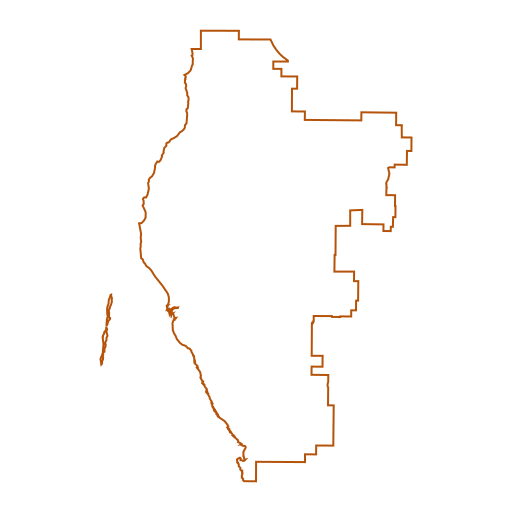 outline of Carnarvon, Western Australia, Australia
{"feature_id": "25037944B73025640718230", "entity_name": "Carnarvon", "entity_type": "district", "adm_level": 2, "iso_a3": "AUS", "parent_name": "Australia", "parent_adm1": "Western Australia", "projection": "orthographic", "projection_center": [113.812, -24.467], "detail": "fine", "context": "isolated", "style": "outline", "palette": "amber", "viewbox_px": 512, "rotation_deg": 0, "n_neighbors": 0, "source": "geoboundaries", "source_scale": "gbopen_adm2", "svg_char_len": 6088}
<svg xmlns="http://www.w3.org/2000/svg" viewBox="0 0 512 512"><path d="M287.9,60.6L282.8,56.8L279.8,54.0L276.2,49.7L273.4,45.5L270.5,39.5L238.8,39.4L238.9,30.8L200.9,30.7L200.9,49.0L191.6,49.0L192.5,52.9L192.4,55.3L191.7,55.7L192.9,58.1L192.7,64.5L192.0,65.6L190.8,69.9L190.3,70.7L188.0,73.1L184.4,75.0L185.7,76.3L185.7,77.8L185.1,78.3L185.4,79.3L184.9,80.0L185.1,81.5L184.8,82.7L185.8,83.8L186.1,84.9L186.2,86.0L185.6,88.1L187.2,92.7L187.2,95.4L188.3,96.9L188.6,98.6L188.5,100.6L188.0,101.9L188.3,103.1L187.8,107.9L187.6,108.6L186.7,109.0L186.4,109.7L186.4,111.4L187.1,112.9L187.2,114.7L186.5,123.4L185.0,125.1L184.8,127.8L183.5,129.8L181.6,131.4L180.2,132.0L177.0,136.1L173.8,138.1L170.9,139.4L169.1,142.0L168.1,142.6L167.2,142.6L166.3,143.6L166.4,145.7L164.3,147.9L163.5,151.7L163.7,152.7L162.1,155.0L161.8,155.7L162.1,156.4L160.7,159.9L159.2,161.7L158.0,161.9L157.3,161.5L155.7,164.1L154.9,166.0L155.1,167.3L154.1,172.7L152.1,176.2L150.1,177.8L148.8,179.6L148.9,181.3L148.1,183.2L148.9,188.7L147.4,195.0L146.0,197.5L145.2,197.3L143.9,197.6L142.9,199.0L143.6,200.7L143.7,204.1L142.6,205.3L145.4,211.6L145.7,212.9L145.6,217.6L143.9,220.7L141.4,223.2L139.1,223.3L141.1,233.9L140.7,237.7L141.2,241.9L140.6,243.6L140.7,246.6L140.3,248.5L141.2,258.3L142.7,259.3L143.8,262.5L144.8,263.3L146.4,266.1L149.2,268.1L151.4,270.6L154.9,276.3L162.0,285.1L167.7,293.4L168.8,297.0L168.9,300.3L168.6,303.0L167.7,304.9L168.1,304.5L167.4,307.3L167.4,305.5L167.7,305.3L167.3,305.3L167.5,304.9L167.2,305.2L167.1,306.7L166.9,306.6L167.1,308.5L167.2,308.0L167.4,308.8L168.7,308.7L168.6,309.3L170.6,309.3L174.2,307.2L177.2,307.7L178.0,307.5L177.8,308.0L174.7,308.2L173.0,309.0L172.4,309.8L170.9,310.2L170.3,311.3L171.1,311.8L171.7,311.7L171.4,313.0L170.6,314.0L171.1,315.0L171.2,313.8L171.3,314.8L171.7,314.0L172.9,313.5L172.6,313.9L173.4,314.4L174.4,317.4L175.5,318.0L176.1,317.9L175.7,318.5L174.7,318.5L174.7,319.4L174.0,319.4L174.2,320.0L173.5,320.2L172.5,323.0L172.8,330.0L174.0,333.3L175.5,335.7L176.9,339.1L180.1,343.0L182.4,344.8L185.6,345.8L188.0,348.3L189.6,348.6L191.4,350.8L191.3,351.6L192.9,354.3L193.0,355.4L193.3,355.8L193.8,355.8L194.1,356.7L193.9,357.1L195.2,362.0L194.9,362.4L194.4,361.9L194.5,363.1L198.0,366.5L197.2,366.2L197.9,367.6L197.6,367.7L196.2,366.8L199.5,371.0L200.4,372.8L200.6,374.8L201.0,375.5L200.6,376.7L200.9,377.7L200.5,377.4L200.4,377.6L202.0,380.6L203.1,381.4L202.4,382.2L203.1,383.1L201.7,382.6L204.5,385.7L205.0,387.0L206.8,389.1L206.6,389.4L207.3,391.6L206.4,391.1L206.3,392.0L206.2,390.7L206.0,391.6L205.6,391.4L207.4,393.6L208.1,393.8L207.9,394.2L209.3,396.6L210.0,398.8L212.5,403.4L212.5,404.8L212.0,403.0L211.7,403.7L211.7,402.8L211.4,402.9L211.6,403.8L212.0,403.8L212.4,406.8L213.2,408.0L212.9,406.8L213.2,406.9L213.4,407.7L215.4,410.4L213.5,408.4L213.6,409.1L215.4,410.9L214.2,410.4L214.1,410.6L215.9,412.5L215.7,412.1L216.2,412.3L215.5,411.4L215.9,411.4L218.5,416.2L219.4,417.2L217.9,416.1L217.8,416.5L224.6,421.1L228.0,425.4L227.3,425.0L228.3,426.4L227.3,427.4L228.3,428.2L227.8,428.2L228.0,429.0L229.5,430.2L229.0,430.1L229.7,431.2L230.2,431.0L231.2,432.4L231.1,432.7L230.5,432.4L229.5,431.3L229.8,432.1L231.9,433.5L233.4,435.8L233.9,435.9L233.3,435.4L233.6,435.3L234.3,435.9L234.7,436.7L233.8,436.6L237.3,439.6L236.9,439.7L237.5,439.8L238.5,442.0L238.3,442.2L240.9,443.4L241.3,444.1L240.9,444.4L241.7,444.3L241.6,445.2L243.2,445.9L244.8,445.9L245.7,446.9L245.5,448.0L243.5,451.7L243.3,453.4L243.6,454.8L243.3,456.0L243.9,457.0L244.0,458.3L244.6,459.7L245.5,459.5L244.5,460.6L243.1,460.9L241.5,460.2L240.5,460.2L240.7,458.4L239.9,457.7L237.4,459.0L237.0,459.7L237.2,461.7L237.8,462.4L237.4,462.7L238.8,464.2L238.7,466.2L240.4,467.8L240.3,469.5L242.1,471.4L242.1,472.0L242.3,471.7L242.5,473.5L241.7,476.0L242.2,477.5L241.9,477.8L243.2,479.0L243.0,480.1L244.1,481.2L244.6,481.2L256.0,481.3L256.1,461.8L305.0,462.1L305.0,454.3L316.1,454.4L316.2,445.5L333.3,445.6L333.7,405.4L328.0,405.3L328.2,387.4L327.6,386.4L327.6,383.9L328.2,382.2L328.3,375.0L311.5,374.8L311.6,366.6L322.5,366.7L322.6,355.8L311.7,355.8L311.9,323.3L312.4,323.3L312.4,322.7L313.0,322.8L313.2,321.4L313.7,321.4L313.7,316.0L331.9,316.1L331.9,316.9L340.2,317.0L340.2,316.4L351.2,316.5L351.2,310.3L356.0,310.3L356.1,300.6L358.1,300.6L358.3,281.1L354.0,281.1L354.1,271.6L334.4,271.6L334.6,254.9L335.5,255.0L335.7,225.9L350.2,225.8L350.2,210.4L362.3,209.9L362.1,224.1L383.5,224.4L383.4,231.0L390.7,231.1L390.8,226.8L392.9,226.8L393.1,217.1L395.4,217.1L395.5,206.1L395.0,206.1L395.1,195.2L386.3,195.1L386.4,189.2L386.8,187.6L386.4,187.2L386.5,184.8L386.1,183.8L386.5,182.2L388.2,179.2L389.4,173.8L388.1,168.0L389.1,167.3L394.6,167.4L394.7,164.6L406.8,164.8L407.0,150.9L411.4,151.0L411.5,137.5L401.8,137.4L401.7,125.5L402.7,125.2L396.1,125.2L396.2,112.7L361.4,112.3L361.3,120.4L304.8,119.9L304.9,111.5L291.9,111.4L292.0,88.7L297.1,88.7L297.2,76.5L281.4,76.4L281.4,68.9L273.3,68.9L273.3,61.5L287.9,61.5L287.9,60.6ZM104.5,351.7L104.4,349.0L105.4,346.8L105.7,344.9L105.4,344.6L105.4,342.1L106.4,340.3L106.5,337.7L107.5,335.8L106.5,332.0L106.2,331.9L107.1,329.4L107.0,328.8L106.6,328.5L106.3,326.7L106.1,329.9L104.3,332.1L104.1,333.6L102.9,335.8L103.0,336.9L102.6,337.1L103.5,344.0L102.7,353.5L100.5,358.8L101.3,364.5L102.0,363.7L102.1,361.0L102.9,359.7L103.1,357.4L102.7,356.4L103.2,354.9L103.1,353.0L103.7,352.1L104.5,351.7ZM107.2,313.3L107.7,316.5L106.9,319.5L106.4,326.0L107.6,323.9L107.4,322.9L108.1,322.0L108.1,321.3L110.1,319.0L110.1,318.0L109.3,317.8L109.0,317.1L109.1,312.6L108.6,310.4L109.6,308.8L109.9,307.7L109.7,307.5L111.1,304.5L111.9,301.4L111.6,299.7L112.0,298.4L111.2,296.2L111.2,294.7L110.5,295.1L110.1,297.0L108.8,299.7L108.5,303.8L107.4,306.8L107.1,308.9L107.2,313.3ZM169.9,313.7L169.5,312.9L170.2,313.2L169.7,312.2L170.2,311.4L170.3,310.2L168.4,310.2L168.1,310.4L168.4,311.1L167.4,310.3L169.2,312.3L169.6,314.3L169.9,313.7ZM170.0,312.6L170.7,312.8L171.4,312.2L170.4,311.5L169.9,312.1L170.0,312.6ZM217.3,415.0L217.3,414.5L216.9,413.8L216.6,414.0L216.4,413.3L216.3,414.0L217.3,415.0ZM168.4,309.3L167.1,309.3L166.9,309.8L168.4,309.3Z" fill="none" stroke="#b45309" stroke-width="2"/></svg>